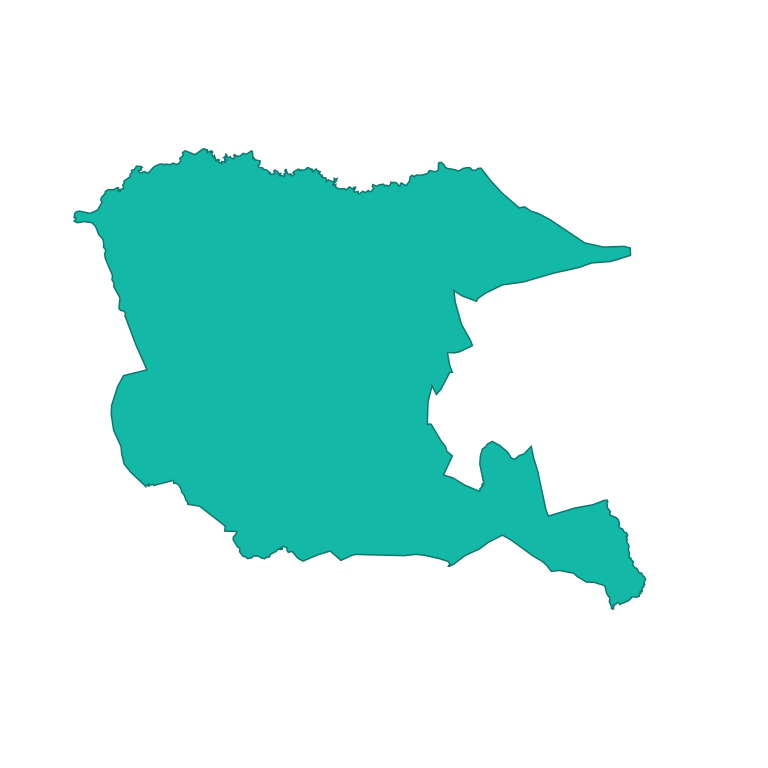 outline of Handeni, Tanga, United Republic of Tanzania, rotated 165°
{"feature_id": "72390352B54290670955979", "entity_name": "Handeni", "entity_type": "district", "adm_level": 2, "iso_a3": "TZA", "parent_name": "United Republic of Tanzania", "parent_adm1": "Tanga", "projection": "mercator", "projection_center": [38.284, -5.494], "detail": "fine", "context": "isolated", "style": "filled", "palette": "teal", "viewbox_px": 768, "rotation_deg": 165, "n_neighbors": 0, "source": "geoboundaries", "source_scale": "gbopen_adm2", "svg_char_len": 6171}
<svg xmlns="http://www.w3.org/2000/svg" viewBox="0 0 768 768"><g transform="rotate(165 384 384)"><path d="M182.6,130.8L183.4,131.3L184.3,134.9L186.4,135.5L187.5,140.5L189.3,141.5L190.6,145.3L189.1,147.6L190.8,150.7L190.6,152.1L192.2,153.0L190.6,157.4L191.0,160.2L189.2,164.3L190.3,168.5L190.0,170.3L189.3,170.5L189.4,174.1L188.2,174.0L187.7,174.9L188.4,177.6L190.3,178.6L191.1,182.3L193.5,183.9L194.0,185.3L192.7,188.4L192.8,192.3L194.3,194.8L200.0,199.3L198.3,202.0L200.4,207.2L199.6,209.5L199.9,211.3L198.3,212.1L198.5,214.0L201.2,214.6L213.6,213.3L231.5,214.8L259.5,213.9L260.1,221.2L258.1,259.8L258.6,273.8L257.9,285.6L267.3,280.0L271.9,279.9L277.3,277.4L280.2,279.5L282.2,286.3L288.4,295.0L294.3,300.5L299.9,299.1L301.5,297.2L305.7,295.8L309.4,289.8L312.2,281.9L313.3,261.8L314.7,262.2L315.6,260.7L314.8,260.1L318.5,257.9L318.5,256.7L319.9,255.9L331.5,264.8L341.8,275.5L350.1,280.7L336.6,296.8L340.7,302.8L340.8,307.5L343.8,314.8L348.8,332.8L350.6,333.7L352.7,333.5L346.2,355.1L338.1,369.9L336.1,360.3L330.4,364.2L317.5,378.2L315.0,377.7L315.7,385.4L314.6,398.0L307.9,395.8L302.5,395.6L288.6,398.2L289.3,404.3L293.7,421.3L294.0,444.6L292.3,456.0L286.0,449.1L273.3,440.0L271.3,442.2L262.6,445.5L243.9,449.1L223.3,446.5L191.6,447.2L165.8,446.1L152.2,447.2L134.0,443.8L127.4,443.8L112.6,444.5L110.9,451.6L116.5,454.8L136.7,459.5L153.7,468.4L181.3,500.0L191.1,509.0L197.4,513.0L202.3,518.7L207.9,519.2L220.6,538.0L228.0,552.1L234.5,567.4L237.3,567.9L240.0,566.7L243.3,567.6L245.0,570.7L246.8,571.3L251.7,571.8L257.0,570.3L259.7,572.5L267.1,575.9L269.0,577.9L269.0,579.6L271.4,583.3L273.4,583.7L274.3,583.0L276.1,576.7L277.3,576.0L280.2,576.0L284.5,578.3L285.6,578.1L287.1,576.1L288.4,576.0L294.5,576.1L298.8,577.5L301.0,576.4L302.7,578.3L304.0,577.9L305.2,577.3L306.5,573.8L310.8,570.1L312.4,570.6L315.0,573.6L316.1,573.4L317.3,571.1L318.1,571.3L320.1,575.3L323.2,576.5L324.1,576.1L324.9,577.1L326.3,575.0L328.5,573.8L330.4,575.5L331.6,575.0L333.0,577.2L337.3,577.6L339.7,576.8L343.2,579.5L344.2,577.9L343.2,575.5L346.4,573.3L348.3,573.6L349.1,575.0L352.4,573.7L354.8,575.7L358.3,574.0L359.3,574.5L359.3,576.8L362.0,576.7L363.3,577.6L360.5,581.4L362.4,581.7L363.4,580.1L366.5,583.3L370.3,581.2L371.8,583.1L377.1,584.1L379.8,586.9L378.9,589.3L381.6,588.8L381.8,589.9L377.6,592.4L376.3,594.5L377.6,594.1L378.9,595.6L379.8,592.4L380.6,592.2L385.0,595.6L387.2,594.5L386.6,597.9L390.0,599.5L389.8,600.7L390.3,600.3L391.1,602.8L392.8,604.4L390.7,605.4L393.7,607.8L393.9,609.3L397.6,607.2L398.2,607.8L397.5,609.5L398.2,610.4L399.2,610.1L400.9,612.5L402.1,612.8L404.8,611.4L407.7,611.5L408.4,612.4L410.1,611.8L410.4,613.3L411.4,613.7L416.8,612.2L417.3,611.5L416.1,609.9L418.4,608.8L419.9,609.8L419.4,610.7L420.2,611.2L422.1,611.0L423.1,613.7L422.9,616.2L423.6,616.7L424.6,615.4L424.4,613.5L426.3,612.6L426.1,610.6L426.8,610.1L428.6,611.7L431.2,612.4L429.2,614.0L431.5,614.6L431.7,616.4L434.0,618.9L435.1,618.5L435.2,615.4L439.4,615.8L439.2,617.5L440.4,617.3L440.2,618.7L442.1,621.2L445.3,622.9L445.3,624.1L448.8,625.6L449.2,627.9L447.4,628.0L445.9,631.5L450.5,633.9L451.2,636.2L452.2,635.9L451.0,642.0L451.5,643.5L457.6,641.5L460.5,643.3L463.9,641.4L467.1,642.1L469.2,644.4L469.9,643.6L468.8,642.4L471.0,640.5L473.3,641.7L473.6,643.4L475.6,643.0L477.3,643.7L476.5,645.4L477.4,646.8L477.9,645.3L480.3,644.1L479.3,643.2L479.7,642.1L478.3,641.1L480.1,640.7L479.9,639.2L483.3,640.9L483.7,638.8L486.3,641.0L485.2,643.2L486.9,644.0L487.5,642.6L488.6,642.9L488.7,648.7L490.3,647.3L490.6,648.4L490.7,651.7L489.5,652.2L489.7,653.4L490.5,653.7L491.3,652.5L491.8,654.0L494.6,653.2L494.1,656.1L495.5,656.0L496.3,657.6L497.9,657.9L507.2,654.5L515.7,660.7L518.7,659.6L518.9,656.5L522.8,654.8L522.7,652.0L525.3,650.0L528.2,649.9L530.3,651.9L534.1,651.3L538.0,652.9L539.3,652.3L540.5,653.6L543.6,654.4L549.9,653.4L557.4,648.6L560.3,651.2L564.6,650.8L566.2,653.6L562.9,653.6L563.3,654.8L561.5,655.8L562.5,657.0L566.7,658.5L569.4,655.8L572.6,655.7L572.5,653.6L574.7,652.6L575.8,649.8L582.6,647.3L582.8,645.2L584.8,643.9L584.8,640.4L589.0,640.0L588.9,638.2L590.3,638.5L590.7,639.8L589.7,642.2L590.9,642.6L595.1,641.6L599.7,643.1L603.3,642.2L604.1,640.2L608.8,637.2L609.9,635.0L609.3,632.5L615.6,626.2L623.4,624.8L633.4,629.8L636.5,630.0L638.8,628.5L640.2,624.7L639.0,624.5L639.0,622.8L641.2,621.5L638.6,619.2L631.3,618.4L624.5,615.4L621.9,611.3L620.8,602.0L618.1,596.7L618.2,593.2L619.5,588.5L618.3,586.3L618.5,584.4L620.2,581.8L620.7,577.5L618.2,559.2L619.8,555.1L618.7,551.5L619.8,547.8L616.7,535.6L620.5,525.5L619.3,523.2L616.5,521.8L615.3,519.8L616.5,516.8L613.5,486.2L609.3,459.0L633.4,459.5L642.1,450.3L652.6,433.9L655.4,425.0L657.1,409.3L654.2,391.7L655.4,384.6L655.7,373.8L651.5,364.4L640.7,346.8L640.6,347.7L638.9,347.7L638.1,346.4L637.1,346.4L637.8,347.4L637.3,348.2L634.5,346.7L632.7,346.8L632.7,345.6L612.2,345.4L612.7,342.5L610.1,341.6L608.5,339.7L607.2,334.4L607.5,332.1L605.8,328.8L605.3,322.9L604.3,321.2L604.7,318.7L593.7,313.7L574.2,287.9L575.8,283.1L564.2,279.6L565.1,278.1L569.3,274.9L570.0,272.4L567.6,264.5L565.7,262.6L566.9,259.3L564.8,254.1L562.5,252.9L561.0,250.7L556.8,250.3L553.8,252.0L552.4,250.7L550.3,250.7L547.2,247.5L544.4,246.1L543.4,246.9L539.5,246.7L537.8,248.8L531.4,250.4L529.1,251.8L527.8,251.4L527.0,252.6L526.1,252.4L526.7,250.9L525.5,250.6L524.5,251.3L524.7,253.1L523.2,253.2L520.1,250.8L520.7,248.7L520.0,246.2L516.2,246.1L512.2,237.9L508.1,233.9L492.2,236.1L479.2,236.6L471.3,224.8L458.7,226.9L455.4,226.7L409.4,213.1L397.3,211.2L389.5,208.2L375.3,200.8L367.7,195.7L367.0,193.0L369.0,191.4L368.1,190.9L363.3,191.9L349.9,197.4L334.3,200.0L324.2,204.1L308.8,207.4L301.8,200.6L284.4,179.1L277.2,171.9L273.7,166.7L270.9,159.7L262.8,158.5L249.7,152.1L247.2,148.0L239.6,140.2L232.7,138.2L223.8,132.6L222.9,131.5L223.1,123.6L221.3,118.8L222.7,115.3L221.9,109.8L222.4,108.5L221.3,107.3L220.5,107.4L221.0,108.4L219.5,109.3L220.1,111.1L217.4,111.0L215.6,112.3L214.0,112.3L213.5,110.1L204.1,111.3L200.5,113.2L200.5,114.1L197.0,113.6L195.5,112.6L192.4,112.9L191.9,114.7L190.1,115.3L190.4,116.9L189.9,117.4L188.4,116.6L187.6,120.2L185.6,120.8L185.2,122.4L184.1,122.8L184.3,125.0L181.8,127.6L182.6,130.8Z" fill="#14b8a6" stroke="#0f766e" stroke-width="1.5"/></g></svg>